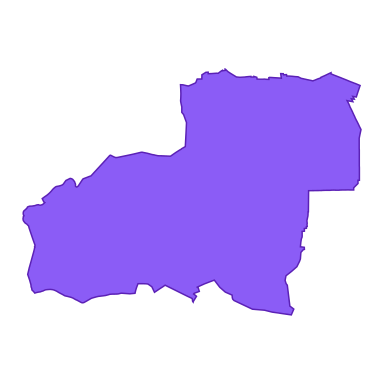 the district of Venustiano Carranza, Michoacán, Mexico
{"feature_id": "50627088B62018556431099", "entity_name": "Venustiano Carranza", "entity_type": "district", "adm_level": 2, "iso_a3": "MEX", "parent_name": "Mexico", "parent_adm1": "Michoacán", "projection": "natural_earth1", "projection_center": [-102.661, 20.146], "detail": "fine", "context": "isolated", "style": "filled", "palette": "violet", "viewbox_px": 384, "rotation_deg": 0, "n_neighbors": 0, "source": "geoboundaries", "source_scale": "gbopen_adm2", "svg_char_len": 5736}
<svg xmlns="http://www.w3.org/2000/svg" viewBox="0 0 384 384"><path d="M29.5,206.2L28.1,206.7L27.5,207.0L27.1,207.8L26.7,208.4L23.8,211.0L23.3,212.1L23.2,213.8L23.3,214.4L23.7,215.2L24.0,215.8L23.4,216.3L23.3,217.1L23.1,218.1L23.0,218.8L23.1,219.1L23.1,219.7L23.3,220.5L23.7,221.2L24.4,222.1L25.2,223.1L26.8,224.1L27.8,225.2L28.5,225.8L29.3,228.6L33.3,240.4L35.0,245.1L34.9,245.7L35.0,246.1L34.6,246.5L34.6,247.1L34.9,247.5L34.6,248.0L34.5,248.3L34.3,249.4L33.6,252.1L31.2,260.9L29.2,268.0L27.7,274.4L29.7,280.3L31.0,285.0L31.0,286.0L31.3,287.4L31.7,288.2L31.8,289.2L32.2,290.4L33.3,291.2L34.8,293.1L36.3,292.6L38.5,292.1L40.2,291.9L41.8,291.3L43.2,290.9L44.1,290.4L45.6,289.8L47.3,289.6L48.7,289.5L50.1,289.4L51.2,289.5L52.3,289.6L53.9,290.0L55.4,290.6L57.0,291.4L58.4,292.3L60.8,293.6L62.4,294.4L64.1,295.4L65.1,295.9L66.2,296.1L67.5,296.4L71.0,297.3L72.8,298.0L75.8,299.7L77.0,300.2L80.9,302.3L81.8,302.7L82.7,302.8L83.3,302.7L84.0,302.5L86.9,300.9L88.2,300.1L89.5,299.4L91.0,298.5L92.0,298.1L93.7,297.6L96.2,296.9L98.3,296.4L103.3,295.8L105.5,295.5L107.0,295.1L107.9,294.9L108.8,294.6L109.9,294.3L110.9,294.2L112.5,294.1L114.6,294.1L117.5,294.0L118.4,293.9L120.7,293.3L121.5,293.2L129.8,293.8L135.0,293.3L135.7,290.3L136.5,287.7L138.0,283.7L139.3,283.7L142.9,283.7L145.8,283.8L147.0,283.9L147.7,284.0L148.2,284.2L149.5,285.1L150.8,286.0L151.7,286.7L152.0,287.0L152.3,287.7L154.5,292.3L154.8,292.1L160.0,288.6L163.1,286.6L165.1,285.2L186.7,295.9L190.9,297.9L192.2,298.6L192.4,299.7L192.5,300.7L192.7,301.6L193.1,302.0L193.1,301.8L196.5,296.3L195.5,295.4L193.6,294.0L194.0,293.4L199.3,291.4L198.1,287.4L196.6,287.4L204.6,283.8L214.3,280.1L219.8,287.3L225.3,292.1L232.1,295.1L232.3,297.7L232.7,299.1L234.0,300.5L252.4,309.2L264.5,310.2L272.1,312.1L291.3,314.9L293.8,309.1L289.8,306.0L289.8,305.9L289.7,304.7L287.3,285.2L286.1,283.6L285.1,280.4L285.9,276.1L286.2,275.6L287.2,274.8L291.9,271.1L296.9,266.7L299.6,261.2L300.4,259.0L300.9,252.4L303.4,249.6L304.4,249.4L304.3,247.3L302.2,247.0L300.4,246.8L300.7,243.8L300.8,242.5L301.3,239.3L301.5,238.5L302.1,237.1L302.2,235.0L302.1,233.9L302.2,233.5L302.1,231.9L302.1,231.4L304.4,231.2L304.4,230.5L304.4,230.4L304.4,230.1L304.3,229.1L304.3,228.5L306.4,228.3L306.4,226.7L307.2,226.5L307.0,224.3L307.2,223.7L307.1,222.4L306.9,220.7L307.9,216.0L308.0,214.9L308.1,211.8L308.4,211.8L308.6,190.7L322.0,190.5L322.4,190.4L326.5,190.3L327.8,190.3L330.3,190.3L330.7,190.2L333.6,190.1L336.5,190.2L339.2,190.2L339.4,190.1L342.1,190.0L345.0,190.0L348.0,189.9L350.8,190.0L353.7,190.0L353.7,189.5L353.7,188.6L353.7,187.8L356.5,185.0L356.6,184.9L358.0,183.5L358.0,180.3L359.4,180.3L359.4,177.0L359.4,175.5L359.4,173.9L359.4,172.3L359.4,170.6L359.4,169.1L359.4,167.5L359.3,165.9L359.3,164.4L359.3,162.7L359.3,161.1L359.3,157.9L359.3,156.3L359.3,154.8L359.3,153.2L359.3,151.6L359.3,150.0L359.2,148.5L359.2,146.9L359.2,145.3L359.2,143.7L359.2,142.0L359.2,140.5L359.2,140.4L359.2,138.1L359.4,137.3L359.9,134.7L361.0,129.6L360.9,129.3L359.6,126.8L358.3,124.0L356.8,121.0L356.6,120.7L355.2,117.9L354.6,116.4L353.9,115.0L352.7,112.4L352.6,112.1L351.3,109.4L350.0,106.9L349.8,106.3L348.6,103.5L347.1,100.6L350.0,101.2L352.9,101.7L352.2,100.2L351.5,99.0L351.4,98.8L354.3,99.2L352.8,96.4L355.7,96.9L356.3,97.0L358.1,91.4L358.4,90.6L359.3,87.9L360.1,85.5L357.7,84.5L355.3,83.5L354.1,83.1L352.9,82.6L350.5,81.7L348.1,80.7L345.7,79.7L343.4,78.8L343.2,78.7L342.1,78.3L341.0,77.8L338.6,76.9L336.1,75.9L333.7,75.0L331.2,73.9L330.9,73.8L331.0,72.7L329.4,73.4L327.1,74.5L324.6,75.7L322.3,76.7L322.2,76.7L321.8,77.0L320.8,77.4L320.8,77.8L320.7,77.9L317.8,78.9L314.7,80.2L313.5,80.6L312.9,80.9L312.4,80.8L311.3,80.5L310.9,80.4L309.8,80.2L309.0,80.0L307.9,79.8L303.4,78.8L301.1,78.3L298.1,76.8L295.1,76.6L292.4,76.3L289.5,76.1L286.7,76.0L286.5,74.6L283.6,74.8L283.3,73.7L280.7,73.6L281.0,75.8L281.3,78.2L280.8,78.1L274.4,77.7L271.5,77.5L269.4,77.4L268.8,77.7L268.9,79.4L266.0,79.3L265.9,79.3L264.8,79.1L262.9,79.2L259.9,79.2L257.1,79.1L256.8,77.3L253.9,76.4L253.9,77.0L251.0,77.0L250.9,76.4L248.3,76.6L245.5,76.9L245.3,77.0L239.8,77.3L236.9,77.0L236.4,77.0L236.3,76.9L230.6,73.4L228.0,71.7L225.4,69.2L225.1,69.1L225.2,70.4L222.3,70.8L222.3,70.4L221.4,70.9L219.6,72.2L218.2,73.3L217.8,73.3L216.8,73.2L213.9,73.4L211.2,73.6L208.2,73.7L208.2,72.2L207.9,72.2L205.9,72.3L202.9,74.2L201.9,74.8L201.9,76.6L201.8,79.0L199.0,79.0L197.2,79.0L196.8,79.9L196.3,81.3L195.8,82.5L195.3,83.0L193.1,84.0L191.5,84.7L189.4,85.6L188.3,86.0L186.3,85.6L182.9,84.8L180.5,84.7L180.7,88.4L180.9,93.6L180.8,97.7L180.6,100.8L180.7,101.6L181.0,103.3L181.8,107.0L181.8,112.4L183.6,114.6L186.5,122.6L186.0,133.6L185.3,146.6L181.5,148.8L181.2,149.2L179.7,150.0L175.8,152.5L175.5,152.7L170.5,156.2L160.8,155.8L159.2,155.8L157.8,155.7L154.9,155.1L154.7,155.0L151.9,154.5L147.5,153.3L143.5,152.5L142.0,152.2L141.0,152.3L134.7,153.8L129.8,154.9L117.7,157.4L115.8,157.6L114.4,157.1L112.9,156.4L111.0,155.4L110.4,155.2L109.7,155.5L107.9,157.5L104.7,161.0L97.8,168.5L94.3,172.3L91.0,175.9L89.2,176.5L86.4,177.6L83.7,178.6L82.8,179.1L81.0,181.8L78.3,185.9L77.3,186.8L76.4,187.0L75.5,186.2L75.5,185.6L75.5,185.0L75.5,184.4L75.4,183.8L74.9,182.7L74.6,181.7L74.2,181.2L73.7,180.5L73.1,179.8L72.6,179.3L72.1,179.0L71.6,178.7L71.1,178.6L70.6,178.5L70.3,178.4L69.9,178.5L67.3,179.8L66.0,180.4L65.3,181.3L65.2,181.5L64.6,182.2L63.7,183.6L63.2,184.2L62.9,184.5L61.9,185.1L60.9,185.5L59.1,186.0L57.5,186.3L56.4,186.5L55.7,186.8L54.9,187.4L53.7,188.4L52.9,189.2L52.1,190.1L51.9,190.4L51.3,191.1L50.2,192.3L49.4,193.1L47.7,194.6L46.4,195.6L45.2,196.4L44.1,197.2L43.3,197.8L42.6,198.3L42.2,198.6L43.8,201.9L44.8,202.6L43.5,203.8L42.2,204.7L40.5,205.2L39.4,205.1L38.5,204.7L36.9,204.9L34.9,205.6L31.9,206.1L29.5,206.2Z" fill="#8b5cf6" stroke="#5b21b6" stroke-width="1.5"/></svg>